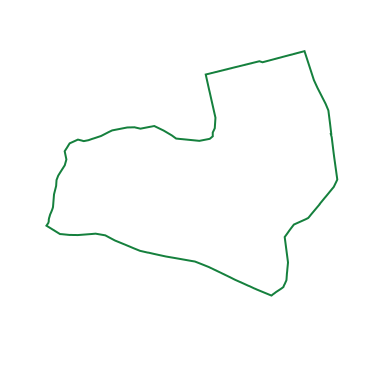 outline of Sabah, Al Bayda', Yemen, rotated 79°
{"feature_id": "15242507B50652394578350", "entity_name": "Sabah", "entity_type": "district", "adm_level": 2, "iso_a3": "YEM", "parent_name": "Yemen", "parent_adm1": "Al Bayda'", "projection": "robinson", "projection_center": [44.675, 14.271], "detail": "fine", "context": "isolated", "style": "outline", "palette": "green", "viewbox_px": 384, "rotation_deg": 79, "n_neighbors": 0, "source": "geoboundaries", "source_scale": "gbopen_adm2", "svg_char_len": 2010}
<svg xmlns="http://www.w3.org/2000/svg" viewBox="0 0 384 384"><g transform="rotate(79 192 192)"><path d="M197.3,341.3L208.1,329.6L208.6,327.7L210.7,320.7L212.5,312.2L214.1,298.4L214.5,294.6L218.0,285.4L221.1,281.6L224.9,276.9L229.3,270.2L234.2,262.8L235.9,260.3L239.8,254.3L243.0,247.1L243.1,246.7L243.4,245.9L245.4,241.4L247.6,236.3L250.3,230.0L252.2,225.0L252.9,223.1L255.0,217.6L259.5,205.9L260.8,202.4L264.8,196.1L268.8,189.9L275.1,181.4L284.1,169.4L285.3,167.9L286.8,165.9L291.4,159.3L294.7,154.7L295.5,153.4L298.6,149.2L299.4,147.9L299.7,147.6L308.6,134.1L308.8,133.7L308.5,133.1L308.1,132.5L307.2,130.5L306.2,128.5L304.7,124.8L303.7,122.4L302.7,120.4L301.2,119.5L300.1,118.6L299.4,118.1L296.7,116.2L295.8,115.9L292.1,114.9L291.4,114.7L291.0,114.6L290.9,114.6L288.0,113.7L285.5,113.0L283.2,112.3L279.5,111.2L253.9,109.6L251.3,106.8L248.5,103.9L246.5,101.7L243.4,98.2L240.4,85.4L240.1,84.4L240.1,84.2L239.9,83.8L239.7,82.9L238.5,81.4L236.8,79.4L228.3,68.9L228.1,68.9L222.8,62.5L222.2,61.7L215.8,54.0L214.1,51.9L208.9,48.0L207.5,47.0L185.3,45.8L180.4,45.5L164.8,44.4L161.3,44.7L161.2,44.5L161.3,44.2L150.6,43.4L138.4,42.6L137.8,42.6L131.0,44.0L113.6,49.0L105.4,51.0L75.2,54.7L76.7,77.6L78.1,98.0L76.5,100.9L77.8,127.0L79.3,156.1L94.6,155.7L96.9,155.6L103.9,155.4L113.6,155.1L123.6,154.8L127.0,155.7L133.8,157.5L135.7,158.9L137.6,160.3L141.3,161.0L142.9,163.9L143.2,164.5L143.2,175.0L138.5,190.7L137.6,193.8L136.5,197.4L132.6,201.0L126.3,208.1L120.0,216.5L120.0,230.5L118.1,234.8L117.5,236.1L116.9,239.7L116.3,243.2L116.3,258.6L117.2,262.1L119.7,270.7L119.7,270.8L120.6,277.8L120.8,279.7L121.4,283.8L121.4,288.5L120.8,289.8L120.5,290.3L118.8,294.0L120.9,302.8L122.7,304.5L124.9,306.5L125.6,307.2L127.7,309.2L136.1,309.1L141.5,311.8L147.6,317.6L150.4,320.2L154.4,322.7L160.1,324.2L168.0,327.9L180.2,331.3L181.6,332.0L183.1,332.9L184.5,333.8L186.1,334.9L186.8,335.4L187.5,335.8L189.1,336.6L190.4,337.3L191.9,337.9L193.4,338.2L194.9,338.9L197.3,341.3Z" fill="none" stroke="#15803d" stroke-width="2"/></g></svg>